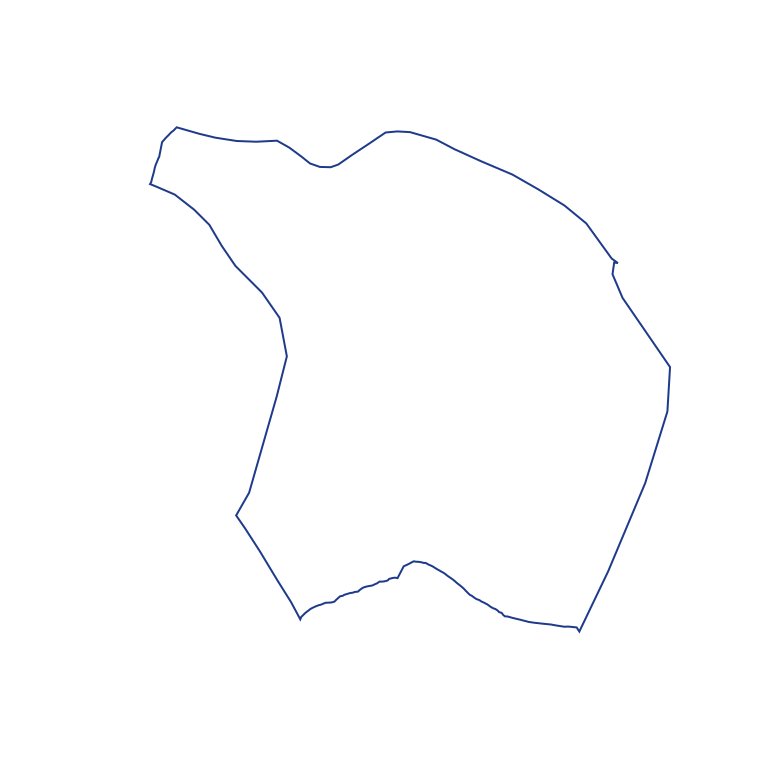 Grande Riviere/Morne Serpent, Gros Islet, Saint Lucia, rotated 196°
{"feature_id": "8701671B88709297193728", "entity_name": "Grande Riviere/Morne Serpent", "entity_type": "district", "adm_level": 2, "iso_a3": "LCA", "parent_name": "Saint Lucia", "parent_adm1": "Gros Islet", "projection": "orthographic", "projection_center": [-60.96, 14.036], "detail": "fine", "context": "isolated", "style": "outline", "palette": "blue", "viewbox_px": 768, "rotation_deg": 196, "n_neighbors": 0, "source": "geoboundaries", "source_scale": "gbopen_adm2", "svg_char_len": 2734}
<svg xmlns="http://www.w3.org/2000/svg" viewBox="0 0 768 768"><g transform="rotate(196 384 384)"><path d="M317.5,201.1L316.7,204.9L314.8,214.2L313.9,215.0L312.6,216.1L311.0,217.5L308.5,219.9L307.9,220.5L306.6,221.7L304.5,222.0L303.3,222.2L301.8,222.6L299.9,222.8L298.6,223.0L296.7,222.9L294.5,223.5L292.0,222.8L289.8,222.5L288.8,222.4L286.7,222.0L284.1,221.2L281.5,220.5L278.8,219.9L278.2,219.7L275.1,219.0L273.4,218.5L272.4,218.1L271.4,217.7L269.8,217.0L269.1,216.8L266.2,215.8L265.5,215.6L264.3,215.2L262.2,214.3L261.7,214.1L260.1,213.3L259.1,212.8L256.5,211.8L254.4,210.9L252.2,209.9L250.2,208.9L248.5,207.8L247.7,207.4L245.5,206.1L243.1,204.9L242.2,204.8L241.2,204.6L237.7,203.3L235.6,202.7L232.9,202.6L230.5,201.8L227.1,201.3L224.9,200.8L223.9,200.6L222.7,200.2L220.4,199.3L219.3,199.0L217.1,198.5L214.9,198.4L212.6,197.7L210.3,196.4L208.0,196.5L207.2,196.0L205.7,194.8L203.7,194.0L202.9,194.2L200.7,194.6L196.7,194.6L195.7,194.6L187.6,195.0L186.6,195.0L179.0,195.2L176.2,195.6L173.2,196.0L170.5,196.5L165.6,197.3L158.0,198.7L156.9,198.9L155.3,199.0L150.7,199.5L146.0,200.1L144.9,200.2L143.0,200.6L141.6,201.1L139.7,201.7L134.0,202.7L131.7,203.1L128.0,199.9L116.9,265.6L105.6,360.7L104.0,435.7L113.7,479.1L178.4,532.5L194.6,552.5L196.1,563.4L196.2,564.2L192.5,564.7L199.8,567.4L233.8,594.1L259.7,605.3L289.6,613.7L318.2,620.7L352.2,624.9L380.8,629.1L401.2,633.3L428.4,633.3L440.7,630.5L451.8,626.2L463.6,612.1L478.0,595.2L488.4,582.4L490.9,580.6L495.0,577.7L505.4,575.0L515.9,575.6L525.7,579.7L540.1,585.1L553.9,588.4L573.5,581.7L592.5,577.0L614.1,574.3L630.4,573.6L645.5,573.6L653.4,573.6L654.0,573.6L654.7,572.4L656.3,569.4L658.0,567.2L659.1,565.0L659.9,563.5L661.9,559.9L662.8,557.8L664.0,555.4L662.7,540.2L663.1,539.0L663.3,536.5L663.9,531.6L663.9,528.2L663.7,525.4L663.6,522.3L663.6,519.1L663.6,516.5L663.4,514.3L663.6,513.1L664.0,511.7L657.5,511.0L637.3,508.4L614.7,499.3L595.8,488.9L578.1,472.1L559.3,456.5L526.5,438.3L502.6,418.8L485.0,383.8L483.7,342.3L483.7,316.3L483.7,293.0L483.7,242.3L489.9,216.9L477.7,206.9L456.8,188.6L432.6,166.1L413.2,148.7L399.6,134.7L399.3,137.4L398.5,138.7L396.5,142.3L394.1,145.5L392.6,147.6L390.6,149.5L390.0,150.0L388.4,151.4L386.0,153.2L385.4,153.6L384.2,154.2L381.8,156.1L380.8,156.9L379.9,157.6L378.0,158.2L376.3,158.8L374.3,159.5L372.3,160.7L371.5,161.4L370.7,163.0L367.7,167.8L365.2,169.1L364.1,170.4L361.1,172.3L359.5,173.4L356.3,174.9L354.9,176.0L354.3,176.2L351.6,177.4L351.1,178.4L350.8,179.0L348.3,182.2L346.7,183.4L344.4,184.8L342.2,185.9L340.3,186.8L339.7,187.1L337.8,188.8L335.7,190.5L334.6,191.9L333.8,192.8L331.1,193.6L329.2,194.4L327.2,195.6L326.3,196.2L325.3,198.1L322.2,199.9L320.8,200.6L319.1,201.0L317.5,201.1Z" fill="none" stroke="#1e3a8a" stroke-width="2"/></g></svg>